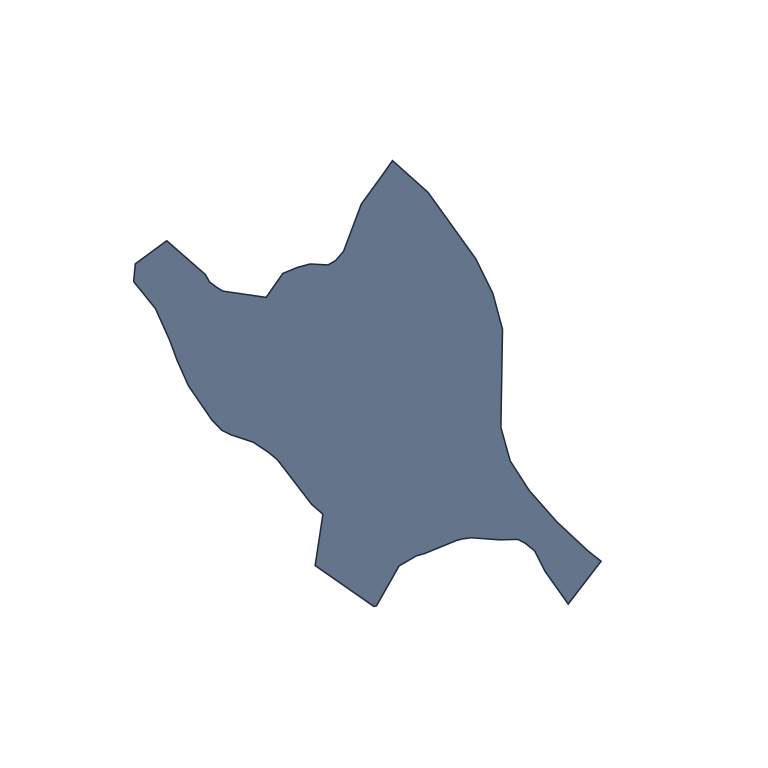 Pemagatsel, Equal Earth projection, rotated 119°
{"feature_id": "BTN-2491", "entity_name": "Pemagatsel", "entity_type": "District", "adm_level": 1, "iso_a3": "BTN", "parent_name": "Bhutan", "parent_adm1": "", "projection": "equal_earth", "projection_center": [91.365, 27.001], "detail": "fine", "context": "isolated", "style": "filled", "palette": "slate", "viewbox_px": 768, "rotation_deg": 119, "n_neighbors": 0, "source": "natural_earth", "source_scale": "10m", "svg_char_len": 843}
<svg xmlns="http://www.w3.org/2000/svg" viewBox="0 0 768 768"><g transform="rotate(119 384 384)"><path d="M433.8,108.2L487.2,116.2L469.8,152.3L456.9,171.4L454.8,183.6L455.0,191.5L464.3,207.4L476.3,233.4L481.7,240.6L485.8,244.8L513.0,266.6L518.5,272.3L535.8,282.6L581.7,283.0L583.5,285.1L576.2,356.2L527.5,374.3L524.3,389.1L501.9,440.6L499.8,451.8L498.3,470.0L502.7,493.4L503.1,503.5L499.0,517.0L480.5,554.0L463.5,576.6L449.7,592.6L439.9,605.7L428.9,620.4L415.8,652.6L399.5,659.8L364.0,643.5L374.9,593.2L379.3,586.1L380.5,577.5L380.9,570.0L365.4,529.1L336.3,526.1L324.0,516.3L314.9,506.9L307.0,490.7L299.6,486.2L287.6,483.7L237.6,491.1L201.9,486.7L184.5,484.9L195.1,438.3L230.0,364.4L252.1,332.6L278.6,306.9L365.3,260.7L390.1,236.3L406.8,205.2L420.7,166.2L431.0,125.1L433.8,108.2Z" fill="#64748b" stroke="#1e293b" stroke-width="1.5"/></g></svg>